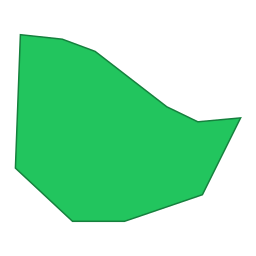 an SVG outline of Reading
{"feature_id": "GBR-5699", "entity_name": "Reading", "entity_type": "Unitary Authority", "adm_level": 1, "iso_a3": "GBR", "parent_name": "United Kingdom", "parent_adm1": "", "projection": "natural_earth1", "projection_center": [-1.033, 51.451], "detail": "fine", "context": "isolated", "style": "filled", "palette": "green", "viewbox_px": 256, "rotation_deg": 0, "n_neighbors": 0, "source": "natural_earth", "source_scale": "10m", "svg_char_len": 254}
<svg xmlns="http://www.w3.org/2000/svg" viewBox="0 0 256 256"><path d="M20.4,34.7L62.3,39.2L95.1,51.4L166.8,106.8L197.8,121.8L240.6,117.9L202.4,194.7L124.5,221.3L72.5,221.3L15.4,168.1L20.4,34.7Z" fill="#22c55e" stroke="#15803d" stroke-width="1.5"/></svg>